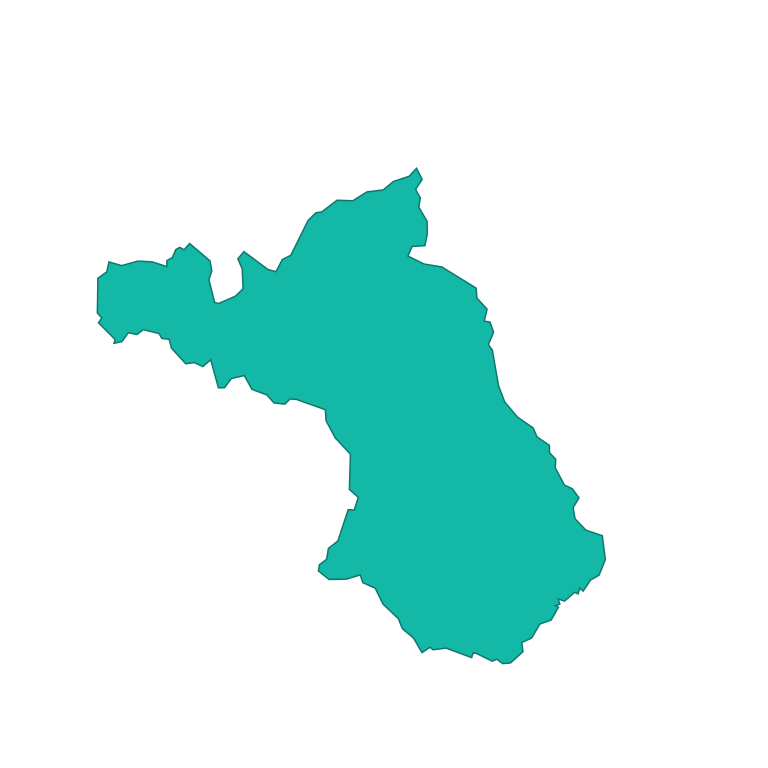 the district of Quan Son, Thanh Hóa, Vietnam, rotated 221°
{"feature_id": "81297802B81765499113898", "entity_name": "Quan Son", "entity_type": "district", "adm_level": 2, "iso_a3": "VNM", "parent_name": "Vietnam", "parent_adm1": "Thanh Hóa", "projection": "orthographic", "projection_center": [104.801, 20.254], "detail": "medium", "context": "isolated", "style": "filled", "palette": "teal", "viewbox_px": 768, "rotation_deg": 221, "n_neighbors": 0, "source": "geoboundaries", "source_scale": "gbopen_adm2", "svg_char_len": 1967}
<svg xmlns="http://www.w3.org/2000/svg" viewBox="0 0 768 768"><g transform="rotate(221 384 384)"><path d="M669.3,276.1L646.9,249.5L640.4,248.7L639.6,242.9L616.1,241.2L614.5,237.6L609.6,244.0L610.6,254.9L602.9,259.3L601.3,267.1L586.9,274.5L581.5,272.7L575.5,276.8L567.9,271.6L546.9,269.2L541.2,275.7L532.2,278.3L530.7,288.6L506.5,272.5L501.9,276.6L502.8,288.0L495.0,298.7L480.1,293.3L465.3,298.9L454.6,297.5L445.6,303.8L445.1,311.1L439.8,315.0L411.4,326.1L403.7,318.3L385.3,311.3L363.3,309.0L340.9,281.7L329.0,281.6L323.8,269.3L328.6,265.7L315.8,235.2L318.1,223.5L312.3,214.0L314.2,205.3L310.9,199.9L297.3,200.4L284.4,212.0L276.7,224.3L269.6,220.2L256.6,224.1L240.3,217.2L219.1,216.3L209.6,211.4L195.0,211.6L179.1,206.2L176.6,215.5L172.6,215.6L163.9,225.4L138.3,235.0L140.3,239.3L137.8,241.2L120.5,245.8L118.2,250.4L111.0,250.8L105.5,256.5L103.5,273.1L110.4,279.3L105.9,289.2L108.9,305.1L103.0,315.6L105.9,330.0L109.3,329.3L106.8,333.1L111.5,336.1L105.3,338.6L103.5,351.8L99.8,352.9L102.3,358.3L97.8,358.4L99.5,371.6L96.3,380.9L101.8,396.8L119.7,412.7L135.7,406.2L151.4,407.6L160.2,414.9L162.1,425.9L173.0,428.5L181.6,426.1L199.8,433.1L205.0,439.9L214.0,440.7L218.8,446.2L234.0,444.5L242.5,448.7L261.5,446.6L281.0,449.6L296.4,457.8L324.5,480.7L331.1,482.2L335.2,494.9L344.6,500.3L349.6,497.2L355.3,508.1L370.3,509.8L377.3,516.8L417.0,510.3L432.6,500.8L449.9,496.2L453.0,506.3L443.9,515.2L449.7,525.6L458.3,535.1L473.7,540.3L478.7,548.3L487.9,551.6L489.4,563.4L501.0,568.1L501.3,557.3L509.8,542.9L511.9,530.0L522.9,517.8L527.8,501.8L540.0,491.9L543.9,473.1L547.7,468.6L548.6,457.7L538.8,420.0L542.4,411.1L539.2,397.9L546.7,394.3L576.6,392.0L576.4,382.6L566.6,377.9L552.8,363.4L553.8,352.7L561.8,336.0L565.4,334.5L584.5,347.8L588.2,356.4L596.1,362.8L622.9,362.5L622.9,354.2L627.8,353.1L629.3,348.9L626.7,340.6L628.8,334.7L625.0,330.1L639.1,324.1L650.3,315.4L659.7,301.2L671.7,295.7L666.8,286.8L669.3,276.1Z" fill="#14b8a6" stroke="#0f766e" stroke-width="1.5"/></g></svg>